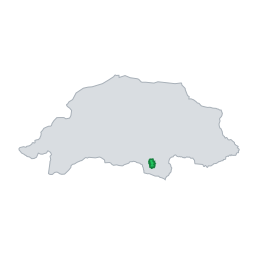 location of Chandmani-O'ndor, Hövsgöl, Mongolia, rotated 177°
{"feature_id": "93677404B22883692380177", "entity_name": "Chandmani-O'ndor", "entity_type": "district", "adm_level": 2, "iso_a3": "MNG", "parent_name": "Mongolia", "parent_adm1": "Hövsgöl", "projection": "orthographic", "projection_center": [100.637, 50.505], "detail": "fine", "context": "in_parent", "style": "filled", "palette": "green", "viewbox_px": 256, "rotation_deg": 177, "n_neighbors": 0, "source": "geoboundaries", "source_scale": "gbopen_adm2", "svg_char_len": 4555}
<svg xmlns="http://www.w3.org/2000/svg" viewBox="0 0 256 256"><g transform="rotate(177 128 128)"><path d="M19.0,97.6L19.8,97.7L21.1,97.0L21.4,95.7L21.9,95.1L24.9,95.2L26.1,95.8L26.5,95.0L26.7,94.9L27.3,95.7L28.0,95.5L28.5,95.3L29.1,94.4L30.1,94.7L31.9,93.9L32.1,92.0L32.8,91.6L34.4,91.5L34.7,90.6L35.1,90.4L36.2,90.4L38.3,89.6L39.2,89.7L40.0,88.9L41.8,88.0L44.4,87.8L44.7,87.3L47.2,85.8L49.7,86.0L50.6,84.6L51.0,84.5L52.5,86.5L53.3,86.3L53.6,85.6L54.6,85.8L54.9,87.1L55.5,87.7L62.9,88.8L63.1,89.3L63.3,92.3L64.5,93.8L64.8,94.5L66.9,94.5L68.0,95.7L69.8,95.7L70.7,96.1L72.6,95.2L73.0,95.2L73.5,95.8L74.4,95.4L76.0,96.5L77.2,96.4L77.8,96.9L78.6,96.6L80.4,97.0L81.8,98.6L82.8,98.5L84.0,97.6L84.4,96.9L86.2,96.6L87.2,95.9L87.9,95.3L88.9,93.0L89.2,90.6L88.3,90.2L87.6,89.4L87.2,88.1L87.2,87.2L86.4,85.9L86.5,85.2L87.0,84.0L87.3,82.2L87.9,81.1L89.1,80.6L89.2,79.9L90.0,78.5L91.9,77.6L93.0,76.1L93.6,74.4L94.4,75.3L96.8,76.5L98.8,77.1L100.0,78.3L103.5,78.6L109.4,81.4L110.6,81.2L114.1,82.3L114.4,82.7L114.4,84.9L114.7,85.4L114.9,87.7L115.5,88.8L115.4,90.2L115.7,90.6L116.6,90.8L118.0,92.2L121.2,93.1L122.2,94.0L124.4,94.5L125.5,94.1L127.3,94.2L128.0,94.1L129.0,92.9L129.8,92.6L133.8,91.5L134.9,90.7L135.7,90.5L138.9,91.0L141.2,91.8L144.5,91.5L146.1,92.6L146.8,93.7L148.2,94.5L152.7,94.5L152.9,94.8L153.1,97.2L153.3,97.5L156.5,99.9L158.0,100.5L162.1,99.9L168.7,100.8L170.1,100.1L171.6,100.7L172.1,100.6L176.0,97.8L176.6,97.9L180.7,96.4L183.3,94.9L185.3,94.6L186.8,93.4L187.2,91.5L189.5,88.9L193.7,85.3L196.6,85.2L198.4,85.8L200.5,87.4L201.6,87.7L203.5,87.5L205.9,85.6L207.4,85.6L208.8,85.9L209.8,86.7L207.7,97.6L207.8,98.1L206.8,100.5L207.3,103.9L205.8,105.4L206.4,107.2L206.9,107.9L209.1,109.4L209.7,109.0L210.1,108.1L211.0,107.2L212.9,106.9L214.5,106.3L216.7,106.5L218.9,107.6L220.9,103.6L223.3,102.5L225.7,102.4L228.0,104.3L230.3,104.8L231.2,105.9L232.2,106.2L232.5,106.8L235.7,108.7L236.7,110.3L237.7,111.3L238.0,112.5L237.9,113.2L237.0,114.1L233.3,114.8L230.9,114.1L230.2,115.0L227.4,115.4L225.9,116.3L224.9,117.0L224.5,118.0L224.0,118.3L223.5,118.4L222.5,117.9L221.8,118.1L221.6,118.3L221.6,120.5L219.2,121.1L218.3,121.0L216.5,122.5L216.3,123.3L215.5,124.7L214.9,127.0L215.3,127.9L215.1,128.5L213.5,130.1L212.0,132.1L208.5,133.5L206.8,134.0L205.5,133.8L204.3,134.4L203.6,136.5L201.6,139.2L198.5,142.1L192.0,141.8L191.2,141.6L189.6,140.4L186.0,140.9L185.1,142.0L184.3,143.6L183.4,148.5L185.2,150.9L187.1,152.4L188.0,153.5L188.1,154.6L187.0,155.2L185.6,157.2L181.8,159.3L178.0,165.7L170.5,170.1L165.6,170.9L161.7,171.0L151.2,173.6L144.6,177.1L139.6,180.0L138.5,181.3L138.0,181.6L137.1,181.1L134.3,181.1L134.2,178.9L128.2,180.5L123.2,178.1L116.2,176.7L114.8,176.1L112.4,173.3L111.1,172.9L108.0,172.8L99.7,171.5L95.7,172.6L78.7,169.8L72.5,170.2L72.2,169.9L71.9,168.0L69.2,165.0L68.8,164.3L68.8,163.2L66.8,157.2L65.3,156.2L65.7,153.8L63.5,153.8L61.0,152.7L58.6,150.7L57.5,149.4L55.8,148.9L53.8,146.4L52.8,145.9L47.7,144.4L45.0,144.4L42.2,143.4L39.0,143.0L38.1,142.4L37.1,142.3L35.4,141.1L34.1,141.1L33.0,137.6L33.6,135.5L34.4,134.3L36.0,132.7L36.1,132.0L35.7,130.2L36.9,127.3L36.8,125.4L36.3,123.2L35.3,122.6L34.1,119.5L33.9,117.2L33.5,115.6L32.1,114.4L31.7,113.0L31.3,112.8L30.9,113.2L30.0,113.3L29.1,112.3L28.8,111.2L28.2,110.9L27.2,110.8L26.3,111.1L25.3,110.7L24.5,109.7L22.5,108.0L22.5,107.0L22.3,106.3L21.7,105.9L21.1,105.1L19.0,103.9L19.1,103.4L19.8,102.5L18.4,101.3L18.0,100.3L19.1,99.3L18.8,98.4L19.0,97.6Z" fill="#d9dde1" stroke="#a8b0b8" stroke-width="1"/><path d="M104.8,95.7L105.1,95.6L105.8,95.6L106.0,95.5L107.6,95.7L108.1,94.9L108.5,94.7L108.3,93.9L108.9,93.5L108.8,92.9L108.9,92.2L108.0,92.5L107.9,91.9L108.3,91.6L108.4,91.4L108.3,91.2L108.2,91.2L108.3,91.1L108.4,90.9L108.4,90.7L108.2,90.6L108.1,90.4L108.3,90.3L108.2,90.3L108.2,90.2L107.9,90.0L107.7,90.0L108.2,89.3L108.1,88.8L108.2,88.0L108.0,87.6L107.2,87.4L106.6,86.6L106.0,86.7L105.6,87.0L105.7,87.5L105.0,87.3L104.3,87.2L104.2,87.2L104.2,87.3L103.9,87.4L103.8,87.5L103.7,87.6L103.7,87.8L103.7,88.0L103.6,88.3L103.7,88.2L103.8,88.2L103.9,88.3L103.8,88.5L103.7,88.5L103.4,88.7L103.3,88.8L103.2,88.8L103.3,88.8L103.3,89.0L103.3,89.3L103.3,89.5L103.2,89.5L103.2,89.8L103.3,89.8L103.3,89.7L103.4,89.8L103.5,89.8L103.6,90.0L103.6,90.3L103.5,90.2L103.4,90.2L103.3,90.3L103.2,90.4L103.3,90.4L103.3,90.5L103.4,90.4L103.4,90.5L103.5,90.5L103.4,90.6L103.5,90.6L103.4,90.7L103.2,90.6L103.1,90.8L103.0,91.0L103.0,91.3L103.0,91.5L103.0,91.8L103.4,92.0L103.8,92.6L103.6,92.8L103.3,93.3L104.6,93.5L104.6,93.8L104.6,94.0L104.6,95.2L104.8,95.7Z" fill="#22c55e" stroke="#15803d" stroke-width="1.5"/></g></svg>